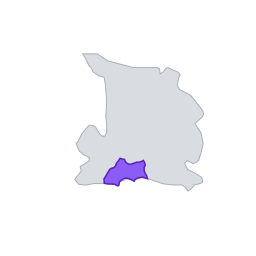 where Bijelo Polje sits in Montenegro, rotated 146°
{"feature_id": "MNE-1510", "entity_name": "Bijelo Polje", "entity_type": "Municipality", "adm_level": 1, "iso_a3": "MNE", "parent_name": "Montenegro", "parent_adm1": "", "projection": "orthographic", "projection_center": [19.735, 43.063], "detail": "fine", "context": "in_parent", "style": "filled", "palette": "violet", "viewbox_px": 256, "rotation_deg": 146, "n_neighbors": 0, "source": "natural_earth", "source_scale": "10m", "svg_char_len": 1930}
<svg xmlns="http://www.w3.org/2000/svg" viewBox="0 0 256 256"><g transform="rotate(146 128 128)"><path d="M113.7,42.3L113.5,43.6L113.8,47.3L115.5,51.0L121.4,54.7L130.1,62.1L140.4,75.7L145.2,79.7L149.4,80.7L157.8,86.3L163.6,87.7L170.1,89.2L187.1,100.9L194.7,104.2L200.2,108.6L200.8,112.8L200.6,115.3L190.8,118.4L189.1,123.0L184.3,122.5L178.6,122.5L176.7,125.4L179.5,130.2L181.3,135.8L179.9,143.5L179.4,144.5L178.0,144.3L169.9,148.8L163.8,150.9L158.4,151.9L155.8,149.8L154.5,146.9L154.7,138.4L153.7,135.5L151.9,134.2L148.1,136.2L143.8,142.7L139.7,150.3L133.6,158.2L128.6,165.8L123.1,175.4L119.4,183.3L123.2,187.8L125.6,194.1L124.8,198.7L125.5,201.4L124.3,209.6L124.0,214.8L112.0,206.5L107.2,194.8L89.8,175.1L69.9,161.6L68.9,159.4L70.0,156.9L71.0,154.9L66.9,154.7L63.9,156.2L61.2,155.8L58.1,150.7L55.3,146.3L55.2,142.5L56.5,142.1L58.6,140.6L62.8,136.4L63.7,134.2L63.5,130.8L57.8,120.0L57.1,113.1L56.4,100.2L57.7,97.2L59.9,95.7L70.1,94.3L70.1,84.2L70.8,81.2L72.9,77.1L74.2,73.3L79.9,67.9L87.7,61.5L91.0,61.3L94.0,62.2L97.2,67.9L100.9,67.2L101.7,60.4L97.0,51.6L94.6,45.9L95.4,42.8L97.2,41.2L101.2,42.3L105.1,43.9L107.5,42.8L111.4,42.1L113.7,42.3Z" fill="#d9dde1" stroke="#a8b0b8" stroke-width="1"/><path d="M140.2,75.0L140.3,75.1L142.6,78.2L143.9,79.4L145.5,80.2L148.8,81.3L150.5,81.4L151.4,81.1L152.1,80.5L152.7,80.5L154.9,84.6L156.3,86.4L157.8,87.7L159.6,88.4L162.1,88.5L164.7,88.3L165.5,87.8L167.3,85.9L168.0,85.5L169.0,85.9L169.5,86.7L170.0,87.8L170.5,88.8L171.3,89.5L175.8,92.7L178.5,95.3L178.6,95.5L176.4,99.2L174.5,100.1L172.1,101.1L171.4,101.6L169.2,102.5L166.4,103.9L164.6,103.9L161.6,103.0L159.2,103.7L157.3,105.3L154.9,106.0L151.5,107.3L149.8,105.1L148.4,103.9L148.9,102.5L148.8,99.9L147.7,97.8L145.7,96.3L142.2,95.4L139.9,94.8L139.3,94.3L137.6,93.3L134.7,92.6L133.4,92.5L133.5,90.4L134.4,87.6L136.5,86.3L137.8,84.7L138.7,82.9L139.1,80.6L139.3,77.9L140.2,75.0Z" fill="#8b5cf6" stroke="#5b21b6" stroke-width="1.5"/></g></svg>